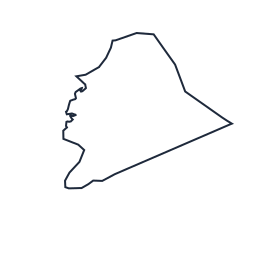 Az Zahir, Al Jawf, Yemen, rotated 43°
{"feature_id": "15242507B58235619836072", "entity_name": "Az Zahir", "entity_type": "district", "adm_level": 2, "iso_a3": "YEM", "parent_name": "Yemen", "parent_adm1": "Al Jawf", "projection": "equal_earth", "projection_center": [44.485, 16.331], "detail": "fine", "context": "isolated", "style": "outline", "palette": "slate", "viewbox_px": 256, "rotation_deg": 43, "n_neighbors": 0, "source": "geoboundaries", "source_scale": "gbopen_adm2", "svg_char_len": 1617}
<svg xmlns="http://www.w3.org/2000/svg" viewBox="0 0 256 256"><g transform="rotate(43 128 128)"><path d="M57.1,74.6L60.7,80.9L63.9,90.9L64.1,91.3L65.2,102.9L65.3,103.1L63.8,107.8L60.7,117.9L55.0,125.4L65.5,125.4L66.9,125.3L67.0,125.3L67.3,125.6L70.0,127.5L70.0,127.8L70.0,128.0L69.7,130.7L69.7,130.8L69.7,131.2L69.6,131.6L69.5,132.3L68.8,133.4L68.4,133.3L67.9,133.2L67.4,133.1L67.4,132.8L67.4,131.1L67.3,130.8L67.1,130.5L67.0,130.3L66.8,130.6L66.5,131.3L66.3,131.7L65.6,135.4L65.2,137.4L65.6,138.5L65.9,139.2L69.6,141.7L69.6,141.8L69.7,142.7L69.7,142.9L69.5,143.2L68.5,144.8L67.9,146.1L67.3,147.2L67.2,147.5L67.4,148.0L68.0,149.3L69.1,151.5L71.1,155.0L71.4,155.9L71.8,157.2L71.6,158.4L72.8,159.1L73.9,159.7L74.7,158.7L77.1,155.6L79.3,154.7L79.6,154.6L80.5,154.1L80.8,154.2L80.5,155.1L79.6,156.8L78.5,157.4L78.0,157.6L77.4,157.9L77.4,158.2L77.4,158.6L78.4,158.9L78.6,159.0L78.8,159.0L80.0,159.4L80.5,159.4L81.4,159.5L81.8,159.5L81.7,162.2L81.1,163.0L80.8,163.5L79.3,164.5L79.2,164.6L78.8,165.5L80.0,167.1L81.0,168.4L81.3,168.8L82.2,169.0L83.0,169.2L83.0,169.4L82.9,169.5L82.5,174.1L84.9,176.6L85.3,177.0L88.2,180.0L91.4,178.7L98.0,176.1L99.4,175.5L103.0,174.1L111.0,174.0L115.6,185.9L115.6,194.0L115.6,200.5L116.1,202.4L116.3,203.3L117.9,209.5L122.5,214.0L125.9,212.5L131.2,207.3L133.5,205.0L135.0,203.6L137.3,196.1L138.4,190.2L140.8,188.1L145.2,184.3L145.7,182.9L149.8,170.9L155.3,158.3L200.2,55.7L201.0,54.0L200.5,54.1L200.0,54.2L198.9,54.4L195.6,55.1L189.8,56.1L152.2,61.3L144.9,62.3L137.1,58.4L119.2,49.5L99.6,45.5L82.9,42.0L69.5,52.7L59.1,72.4L57.1,74.6Z" fill="none" stroke="#1e293b" stroke-width="2"/></g></svg>